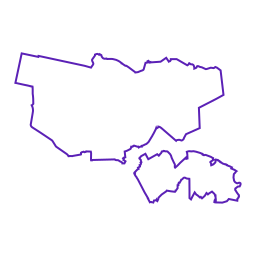 outline of Amsterdam, Noord-Holland, Netherlands
{"feature_id": "6326949B30737301574950", "entity_name": "Amsterdam", "entity_type": "district", "adm_level": 2, "iso_a3": "NLD", "parent_name": "Netherlands", "parent_adm1": "Noord-Holland", "projection": "albers", "projection_center": [4.983, 52.355], "detail": "fine", "context": "isolated", "style": "outline", "palette": "violet", "viewbox_px": 256, "rotation_deg": 0, "n_neighbors": 0, "source": "geoboundaries", "source_scale": "gbopen_adm2", "svg_char_len": 5727}
<svg xmlns="http://www.w3.org/2000/svg" viewBox="0 0 256 256"><path d="M122.4,163.4L124.4,163.4L125.5,161.3L124.6,160.7L124.4,160.5L123.4,159.9L123.8,158.9L123.1,158.3L123.7,157.7L125.3,157.3L124.7,151.5L125.4,151.3L127.1,150.7L130.4,149.0L130.4,148.9L130.7,148.4L131.0,147.9L131.1,147.3L131.2,146.7L132.3,146.8L133.0,146.4L132.9,146.2L134.0,145.6L137.4,146.7L138.2,146.6L138.7,147.5L139.7,146.9L140.5,146.6L141.8,146.6L141.8,145.8L143.1,145.5L144.8,144.6L146.5,143.9L146.7,143.7L147.9,142.6L148.6,141.9L152.5,135.5L152.7,135.0L153.5,133.7L155.7,129.4L156.2,128.0L156.4,128.5L157.7,127.7L158.4,127.2L158.4,126.6L158.9,126.7L160.0,127.1L161.3,128.0L176.1,140.8L176.4,140.4L176.9,140.1L178.9,139.8L179.8,139.9L181.4,140.5L182.2,140.3L183.1,139.6L183.6,139.0L183.8,138.7L183.9,138.1L186.0,134.2L199.7,128.1L198.9,107.8L216.4,98.8L223.5,94.9L220.6,70.4L217.0,67.7L215.3,67.0L214.3,67.8L213.6,68.1L210.8,67.7L206.7,69.0L205.7,69.1L201.8,67.3L199.9,66.9L198.4,66.2L197.5,66.1L197.3,66.1L196.9,66.5L196.7,67.1L196.4,67.6L195.8,68.0L194.3,68.6L194.3,67.5L194.1,66.6L193.7,65.5L193.3,64.9L192.2,64.3L190.9,64.3L190.5,64.1L189.3,63.2L189.0,63.3L188.5,64.5L187.3,65.3L176.6,59.1L171.4,59.1L170.8,59.1L170.8,59.4L170.8,60.0L170.1,61.1L169.9,61.2L169.2,61.2L168.8,61.6L166.2,57.8L160.6,61.7L150.6,62.4L150.3,62.5L150.3,62.0L148.9,62.2L148.3,61.2L148.5,60.9L148.4,60.8L147.6,61.2L147.8,61.8L147.7,62.5L146.6,62.5L145.9,63.0L145.5,62.9L143.8,68.9L143.6,69.5L143.3,69.9L142.4,70.4L140.6,71.0L138.0,72.1L135.3,72.5L135.1,72.1L129.2,67.7L128.8,67.4L126.4,65.8L125.8,65.7L125.8,65.8L125.4,65.8L125.2,65.7L122.3,63.7L121.8,63.5L121.9,63.3L121.6,63.1L119.6,61.6L118.2,60.8L116.2,59.9L114.7,59.5L112.6,59.0L110.9,58.9L107.0,59.0L106.7,58.6L106.3,58.5L105.0,58.8L103.9,58.6L103.2,58.3L102.8,58.0L101.7,56.6L101.3,55.1L100.9,55.0L100.6,54.7L99.9,54.4L99.7,54.2L99.1,54.8L98.6,54.3L97.3,53.9L96.3,54.1L95.0,54.6L95.0,55.0L95.0,55.4L94.8,55.8L92.4,59.2L92.1,59.7L92.1,60.3L92.1,60.7L93.2,63.1L93.3,63.4L93.3,63.9L93.1,64.5L91.0,67.6L84.6,65.8L38.5,55.9L38.3,56.9L21.7,53.4L15.4,82.9L31.6,86.4L31.5,86.5L32.4,86.7L32.6,86.9L32.7,89.5L32.7,93.8L33.0,96.1L33.2,98.8L33.3,103.8L32.2,105.1L31.7,105.3L32.4,106.8L32.7,107.9L32.9,109.0L33.0,110.7L32.9,111.7L32.6,113.6L30.8,124.2L30.7,124.6L30.9,125.7L31.5,126.7L32.2,127.3L40.7,132.8L51.9,140.3L52.6,141.1L55.9,146.4L56.2,146.7L66.7,154.0L67.7,154.9L68.0,155.4L68.5,156.2L69.1,156.2L69.3,156.0L72.5,156.1L73.0,155.9L80.9,154.5L81.0,154.3L81.0,152.8L81.6,152.3L83.7,151.7L84.4,152.2L85.8,151.9L86.1,151.4L90.8,151.6L91.1,153.1L91.0,160.0L91.3,160.2L91.3,160.3L91.8,160.3L91.8,160.0L114.8,159.4L115.3,159.9L116.0,160.1L118.0,160.2L118.5,160.4L119.8,161.3L121.7,162.2L122.4,162.9L122.4,163.4ZM149.9,202.3L150.6,202.0L151.0,202.0L151.4,202.0L151.9,202.3L152.7,202.3L153.3,202.5L154.0,200.5L155.9,200.3L156.1,200.1L156.4,199.7L156.6,200.6L157.3,201.1L157.7,200.3L157.9,200.0L158.3,199.0L158.5,197.7L161.7,194.5L166.3,191.3L166.7,190.6L170.8,191.3L175.0,191.8L175.6,191.1L175.6,190.7L175.8,190.7L177.6,188.2L177.6,185.2L178.4,185.1L178.4,183.8L178.8,182.7L179.6,182.8L181.0,180.4L181.2,179.7L181.8,179.5L182.3,179.2L183.3,178.1L184.0,177.7L185.0,177.7L186.4,178.4L187.1,178.6L189.3,178.8L189.4,180.0L189.5,191.5L189.5,198.1L190.3,198.8L191.0,199.4L192.3,196.8L194.7,192.4L196.3,194.6L197.5,195.3L200.0,197.5L200.8,196.9L202.0,198.3L202.7,197.7L204.8,195.8L206.5,193.0L207.2,193.6L207.9,194.4L209.2,193.3L212.0,191.6L214.2,193.7L214.8,194.5L215.1,195.7L215.5,195.6L215.6,198.0L215.5,199.4L215.8,199.4L215.8,200.1L215.4,200.1L214.9,199.9L214.6,200.4L214.6,200.7L215.2,200.8L215.4,201.0L214.8,201.4L215.0,201.6L214.5,202.1L215.0,202.4L222.4,202.6L226.9,201.2L228.8,199.0L237.3,200.7L237.4,199.4L237.3,199.0L237.7,198.6L237.8,198.3L238.6,197.5L238.6,196.9L238.9,196.6L238.9,196.4L239.0,196.1L238.8,195.7L238.9,195.2L237.3,193.2L237.1,192.8L236.4,191.8L235.9,190.9L235.4,190.3L235.2,189.8L235.2,189.3L235.3,188.8L235.8,188.3L235.7,188.2L237.8,186.6L239.7,186.4L240.5,184.7L240.6,183.9L240.4,183.2L239.8,182.8L239.2,182.7L237.2,183.3L236.8,183.2L235.4,182.4L234.8,181.8L234.4,181.2L234.1,180.7L233.5,177.5L233.8,174.5L233.9,174.1L234.1,173.8L235.3,172.6L235.8,171.9L235.9,171.4L236.4,171.1L234.6,169.9L231.3,168.5L231.7,167.8L231.9,167.4L231.6,167.3L230.4,166.6L227.0,165.3L227.0,165.1L227.0,164.9L226.0,164.4L225.9,164.6L222.6,163.5L220.0,161.5L219.9,161.8L218.4,160.4L217.9,160.0L217.6,160.2L217.4,160.0L215.7,159.5L215.3,159.6L215.0,159.8L215.4,160.3L215.6,161.3L215.3,162.5L214.2,163.5L213.7,164.1L212.7,164.7L212.1,164.9L211.2,165.3L211.1,165.0L211.7,164.6L210.3,162.1L211.1,161.3L212.4,160.6L213.1,160.0L213.1,159.7L212.9,159.7L213.1,158.1L212.3,157.8L211.5,157.2L210.7,156.8L205.9,155.0L205.2,154.9L204.1,155.2L203.4,155.1L202.9,154.8L203.2,154.5L202.6,154.0L202.4,154.2L201.7,153.6L200.0,152.9L196.0,151.7L193.5,151.2L191.3,151.4L189.4,151.2L188.4,151.3L186.8,151.8L187.3,154.1L187.5,158.5L186.4,158.8L186.2,157.6L186.1,157.4L180.4,162.6L177.4,165.7L175.2,167.6L175.0,167.4L174.9,167.4L174.8,167.1L174.8,165.7L174.9,165.0L174.8,164.3L173.8,162.4L171.8,158.1L171.5,157.3L171.0,155.6L170.0,154.0L167.5,151.5L166.4,151.3L165.0,151.3L164.5,151.0L163.4,150.9L162.9,151.4L161.8,151.5L161.5,152.3L161.1,153.1L159.7,154.5L159.3,155.3L158.8,155.7L157.2,154.2L148.3,159.2L145.4,153.8L141.1,156.2L140.0,157.6L139.6,157.7L139.4,158.5L140.8,159.9L140.9,160.9L141.4,162.1L140.6,162.6L141.0,163.4L140.7,164.5L139.6,165.1L140.0,166.0L140.0,166.5L138.0,167.7L138.6,168.9L137.3,169.6L134.9,172.1L135.0,172.3L134.4,172.9L134.8,173.3L134.5,173.6L134.7,173.9L134.5,174.0L135.1,175.2L135.8,176.3L136.5,177.1L136.8,177.8L137.8,179.3L144.6,192.4L148.0,198.2L147.8,198.3L149.9,202.3Z" fill="none" stroke="#5b21b6" stroke-width="2"/></svg>